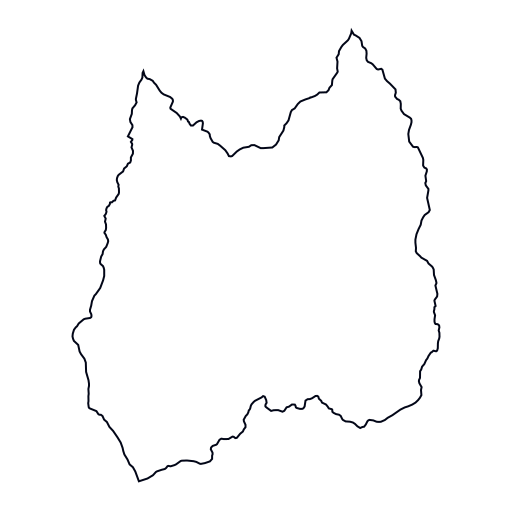 Guaitarilla, Nariño, Colombia (Natural Earth projection)
{"feature_id": "7082276B31690225930459", "entity_name": "Guaitarilla", "entity_type": "district", "adm_level": 2, "iso_a3": "COL", "parent_name": "Colombia", "parent_adm1": "Nariño", "projection": "natural_earth1", "projection_center": [-77.524, 1.156], "detail": "fine", "context": "isolated", "style": "outline", "palette": "ink", "viewbox_px": 512, "rotation_deg": 0, "n_neighbors": 0, "source": "geoboundaries", "source_scale": "gbopen_adm2", "svg_char_len": 6000}
<svg xmlns="http://www.w3.org/2000/svg" viewBox="0 0 512 512"><path d="M143.4,71.2L142.6,72.9L142.4,77.5L141.5,79.6L139.4,82.5L138.1,85.6L137.0,93.5L135.9,98.8L135.9,99.9L136.6,102.4L135.1,105.2L132.4,108.4L132.0,110.1L131.8,113.9L129.9,119.1L130.4,122.0L132.4,125.1L132.5,127.2L127.9,136.4L132.4,139.1L132.3,140.0L130.9,141.9L132.1,143.7L132.2,144.7L131.5,147.4L133.0,150.9L132.9,153.7L130.9,157.4L130.9,160.5L130.2,162.5L127.9,163.7L126.8,166.3L124.1,168.5L123.1,171.4L118.7,174.8L117.8,176.0L117.0,178.2L116.8,180.1L117.3,182.2L118.6,184.8L118.3,186.6L118.9,188.4L119.0,192.4L118.7,193.9L116.1,197.6L115.1,200.4L113.5,200.8L111.9,202.3L110.3,202.3L110.0,202.6L109.9,203.9L108.9,205.8L107.3,206.9L106.5,208.4L106.1,210.1L106.5,211.6L106.3,212.5L105.7,214.1L104.3,215.9L105.7,218.6L105.0,221.6L106.0,224.4L106.1,227.9L105.8,230.0L104.6,231.9L104.4,232.8L105.8,234.8L106.6,237.2L107.9,239.4L108.2,241.2L107.7,243.1L106.2,246.9L103.9,249.4L103.0,251.3L102.6,254.1L101.2,256.5L100.0,261.3L100.1,263.1L100.6,264.0L103.0,266.1L103.7,267.7L104.2,269.8L104.2,276.0L103.1,280.3L100.2,288.0L95.8,294.2L94.4,295.6L92.0,301.1L91.2,305.6L90.0,309.7L90.0,311.5L91.3,314.3L91.5,316.0L91.2,317.2L90.0,318.0L85.3,318.7L83.7,319.3L78.7,323.5L77.0,326.3L75.8,327.3L74.0,329.7L72.8,333.6L72.5,336.4L73.0,338.6L73.9,340.9L78.2,344.9L79.6,351.5L81.0,354.1L84.4,358.7L85.8,362.6L86.1,371.9L88.5,380.2L89.0,383.7L89.0,385.9L88.4,389.0L88.7,393.8L88.4,396.2L88.5,401.1L88.2,403.2L88.7,407.1L89.1,407.9L90.0,408.5L96.4,411.1L98.4,414.2L99.3,414.7L100.9,414.8L102.5,416.0L104.1,419.6L106.9,422.0L109.4,426.9L113.1,430.9L117.6,437.5L120.7,442.6L122.6,447.9L123.3,451.1L124.4,454.5L127.5,459.5L129.6,464.4L132.9,467.2L135.3,471.5L138.9,481.3L147.5,478.5L153.0,475.2L155.9,472.0L156.9,471.4L161.6,469.8L164.8,469.0L166.0,468.1L167.5,466.2L168.3,465.9L170.6,466.3L174.5,465.1L176.0,464.4L180.7,461.0L181.8,460.7L186.9,460.5L193.6,461.2L196.3,461.9L199.8,463.7L200.8,463.9L204.9,463.1L209.9,461.4L212.1,458.9L212.1,455.7L212.6,454.1L212.5,452.6L210.8,449.3L211.1,447.5L212.7,445.9L216.3,444.7L217.0,444.1L219.5,439.8L221.3,438.7L224.0,439.1L228.5,439.0L232.5,436.6L233.7,436.8L235.3,438.1L236.7,437.9L237.2,437.4L240.2,433.7L242.9,431.5L243.8,429.4L245.5,427.2L245.5,424.8L243.9,421.3L243.7,419.7L245.8,415.9L247.3,414.4L248.3,412.4L248.8,410.4L249.7,409.5L250.2,408.4L250.8,405.9L251.5,404.4L253.7,401.9L255.0,400.8L261.6,397.4L263.1,396.1L264.7,396.7L266.2,400.1L266.6,402.8L265.6,404.4L265.3,406.0L265.7,406.8L267.2,408.0L271.1,410.9L273.8,410.2L278.1,410.1L282.5,411.7L284.3,410.8L286.6,407.3L288.9,406.7L292.0,404.5L294.8,404.6L295.4,405.5L295.9,407.4L296.8,408.0L300.0,408.9L302.0,408.9L302.9,408.6L303.6,408.0L304.6,406.5L305.5,400.6L307.6,399.2L309.9,399.1L312.0,398.3L315.5,396.0L317.2,395.9L318.3,396.6L318.9,398.7L321.2,400.8L322.0,402.6L326.0,404.5L327.7,406.6L328.8,408.4L331.8,409.2L332.2,409.6L332.4,411.8L333.5,412.8L336.0,414.1L339.0,414.7L340.7,415.9L342.2,419.0L342.9,419.9L345.6,421.4L350.0,421.7L352.9,422.5L355.0,423.9L357.4,426.3L360.2,428.0L362.4,427.0L364.1,426.7L365.8,424.5L367.4,421.3L368.3,420.4L369.4,419.9L373.3,420.4L376.5,421.7L378.3,421.9L380.8,421.8L384.9,420.0L387.7,417.8L392.4,415.2L400.4,409.6L404.8,407.4L408.0,406.4L412.2,404.6L415.5,402.6L418.1,400.1L419.9,397.8L421.4,395.1L421.0,390.0L421.6,387.1L419.4,383.3L418.9,381.3L419.0,380.1L420.0,377.9L420.1,371.2L421.2,369.6L422.1,366.6L424.3,364.1L426.1,360.1L427.3,358.6L428.5,356.0L430.8,352.6L431.6,352.3L433.4,350.7L436.1,351.3L437.1,350.6L437.8,348.3L437.9,343.5L438.2,341.2L439.2,338.5L439.5,336.8L439.4,332.8L438.7,330.5L439.4,327.3L439.1,325.4L437.7,324.2L435.5,324.0L434.8,322.9L434.5,321.5L434.5,319.2L435.1,315.3L433.9,312.0L433.9,311.2L434.4,309.1L434.4,307.2L435.6,306.0L434.4,300.7L434.8,299.6L437.1,296.5L437.4,293.9L435.4,285.5L436.4,283.3L436.4,282.5L435.8,280.0L434.0,275.0L433.7,269.5L432.7,267.4L431.9,266.4L428.5,263.5L427.1,260.9L421.3,257.6L420.2,256.3L416.7,253.1L415.8,251.3L416.0,247.9L415.4,242.7L415.4,239.6L416.5,234.2L418.6,229.0L420.7,224.8L421.5,220.5L423.2,217.2L424.7,215.0L428.6,212.2L429.8,210.0L427.1,197.9L428.4,190.5L428.4,188.9L425.8,185.4L425.3,183.0L426.1,181.4L426.1,180.6L425.4,175.7L426.8,171.4L426.9,169.5L426.2,168.4L424.5,167.7L423.5,166.3L423.1,165.4L423.3,159.9L422.9,157.9L417.9,147.4L416.9,147.0L414.3,147.1L413.0,146.7L409.2,141.6L408.3,134.0L409.0,129.9L410.9,124.7L411.5,122.2L411.5,120.4L411.1,118.8L409.8,117.6L404.0,114.1L401.5,110.7L400.7,108.7L400.8,103.9L400.3,101.2L398.7,99.7L397.1,99.0L395.1,96.6L395.0,95.2L395.8,92.7L395.5,89.4L389.9,83.6L387.0,81.1L384.9,78.6L382.4,69.7L381.2,68.8L378.1,69.5L376.7,69.0L372.7,64.3L371.2,63.2L367.9,61.8L366.7,60.2L366.2,57.9L366.6,53.7L366.4,50.8L365.2,48.5L363.0,47.0L362.2,45.8L361.5,41.2L359.5,37.9L355.6,35.4L353.9,34.6L351.6,30.7L351.2,33.4L348.9,38.8L347.9,40.3L342.9,44.9L341.4,46.9L339.0,51.1L338.7,54.2L336.5,57.7L337.5,61.6L337.1,68.4L337.7,71.5L337.4,72.4L332.6,79.2L332.3,80.6L331.9,85.1L329.5,87.7L328.5,90.2L326.4,92.3L319.4,92.5L317.2,94.6L314.9,96.0L311.2,97.4L310.3,97.4L309.8,98.0L305.5,99.4L300.4,101.5L297.8,104.0L294.7,108.4L291.9,110.1L290.8,112.1L288.5,120.4L286.5,123.3L284.3,125.5L284.3,127.0L283.4,130.6L279.2,137.1L278.7,140.3L276.0,144.6L272.3,147.5L263.8,148.1L260.6,148.1L254.4,145.1L251.3,145.2L248.9,146.8L243.3,147.7L239.8,149.4L236.8,151.5L232.2,156.0L230.9,156.4L228.9,156.1L227.6,153.5L225.3,150.2L220.2,145.7L217.8,143.9L213.8,142.7L212.7,141.9L210.6,138.2L209.9,136.2L209.7,134.3L208.5,132.6L207.5,131.7L202.0,129.6L202.9,123.4L202.7,121.9L202.1,120.9L201.0,120.6L199.0,121.0L196.5,122.3L193.0,125.5L190.9,125.5L189.6,123.8L188.9,122.0L188.0,121.5L187.6,120.1L187.1,119.4L184.9,117.7L183.0,116.9L181.4,117.3L180.9,118.6L179.9,116.5L176.7,113.0L170.6,108.8L170.3,107.9L170.4,107.3L172.9,101.6L172.9,100.1L172.3,98.8L170.1,97.0L163.7,94.4L161.4,92.7L159.7,90.6L156.1,84.8L154.0,82.7L152.7,80.8L149.7,79.1L147.4,78.7L146.1,77.5L144.5,75.1L143.4,71.2Z" fill="none" stroke="#020617" stroke-width="2"/></svg>